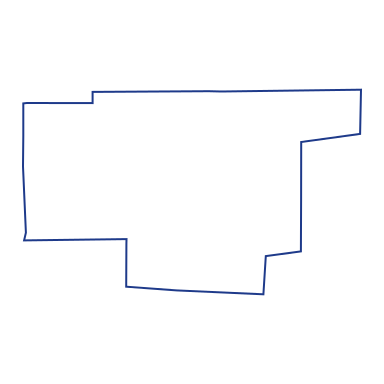 Marion, Ohio, United States of America
{"feature_id": "52423323B93885037654379", "entity_name": "Marion", "entity_type": "district", "adm_level": 2, "iso_a3": "USA", "parent_name": "United States of America", "parent_adm1": "Ohio", "projection": "natural_earth1", "projection_center": [-83.169, 40.569], "detail": "fine", "context": "isolated", "style": "outline", "palette": "blue", "viewbox_px": 384, "rotation_deg": 0, "n_neighbors": 0, "source": "geoboundaries", "source_scale": "gbopen_adm2", "svg_char_len": 378}
<svg xmlns="http://www.w3.org/2000/svg" viewBox="0 0 384 384"><path d="M361.0,89.7L221.3,91.5L208.8,91.2L92.6,91.9L92.6,103.1L26.9,103.0L23.3,103.4L23.3,136.0L23.0,166.5L25.9,232.7L24.1,240.4L126.5,239.1L126.4,243.6L126.2,286.7L176.5,290.4L263.4,294.3L265.8,256.1L300.9,251.4L301.1,200.6L301.2,142.0L360.1,133.9L361.0,89.7Z" fill="none" stroke="#1e3a8a" stroke-width="2"/></svg>